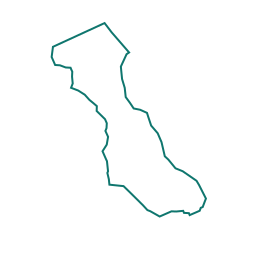 Suhag, Suhaj, Egypt, rotated 335°
{"feature_id": "37247803B36599937729420", "entity_name": "Suhag", "entity_type": "district", "adm_level": 2, "iso_a3": "EGY", "parent_name": "Egypt", "parent_adm1": "Suhaj", "projection": "orthographic", "projection_center": [31.693, 26.547], "detail": "fine", "context": "isolated", "style": "outline", "palette": "teal", "viewbox_px": 256, "rotation_deg": 335, "n_neighbors": 0, "source": "geoboundaries", "source_scale": "gbopen_adm2", "svg_char_len": 1100}
<svg xmlns="http://www.w3.org/2000/svg" viewBox="0 0 256 256"><g transform="rotate(335 128 128)"><path d="M151.1,23.0L94.3,22.7L88.8,31.4L88.7,35.8L88.6,40.1L92.8,42.4L97.1,46.8L101.4,49.1L101.3,51.3L101.3,53.4L99.0,57.8L96.7,64.3L93.4,67.5L98.7,73.0L102.9,79.6L104.9,86.2L107.1,90.8L109.0,95.0L106.8,99.3L110.9,110.3L110.8,114.7L108.5,119.0L106.3,121.1L106.2,127.6L104.6,129.9L101.7,134.1L95.1,138.3L94.9,147.0L94.9,149.2L91.6,158.8L90.3,160.0L89.0,166.3L87.2,171.5L99.4,178.8L101.4,184.1L107.1,199.4L107.7,201.1L108.8,204.0L110.9,210.6L113.0,212.8L119.3,221.6L132.2,221.9L134.7,223.2L136.5,224.1L143.0,226.4L142.9,228.6L147.2,230.9L147.1,233.0L153.6,233.2L158.0,233.3L160.2,231.1L162.3,231.2L166.7,226.9L168.8,224.9L168.3,209.7L167.8,204.8L159.3,190.3L154.0,184.6L151.2,173.6L149.9,170.4L149.4,169.2L152.4,155.0L152.7,145.3L150.0,135.6L151.1,126.1L151.6,122.3L146.7,116.6L141.4,112.7L140.4,106.1L139.0,99.0L142.0,90.2L143.3,81.3L143.4,80.9L143.5,80.6L146.2,72.9L147.5,69.3L157.9,60.5L160.9,60.0L159.8,56.1L157.0,46.3L153.6,34.4L151.1,23.0Z" fill="none" stroke="#0f766e" stroke-width="2"/></g></svg>